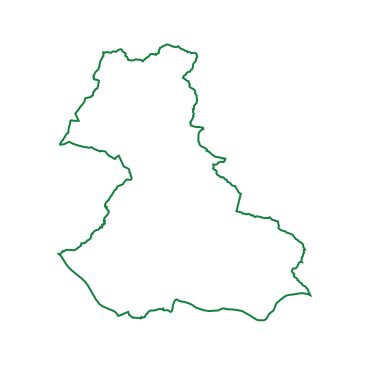 the district of Envigado, Antioquia, Colombia, rotated 284°
{"feature_id": "7082276B11340902680280", "entity_name": "Envigado", "entity_type": "district", "adm_level": 2, "iso_a3": "COL", "parent_name": "Colombia", "parent_adm1": "Antioquia", "projection": "equal_earth", "projection_center": [-75.537, 6.148], "detail": "fine", "context": "isolated", "style": "outline", "palette": "green", "viewbox_px": 384, "rotation_deg": 284, "n_neighbors": 0, "source": "geoboundaries", "source_scale": "gbopen_adm2", "svg_char_len": 5962}
<svg xmlns="http://www.w3.org/2000/svg" viewBox="0 0 384 384"><g transform="rotate(284 192 192)"><path d="M325.0,164.2L327.1,162.8L327.5,162.1L327.5,160.3L326.7,157.1L327.3,155.5L327.2,153.9L326.9,153.8L327.2,153.6L327.5,150.7L328.2,149.3L328.0,147.3L328.8,145.5L330.1,143.4L328.6,141.5L328.6,136.6L329.3,134.6L329.0,131.8L328.6,131.1L327.8,130.5L326.7,128.6L325.6,128.0L324.2,126.1L322.6,126.1L320.9,125.5L320.0,126.1L318.4,126.0L317.3,123.5L316.4,123.7L316.4,121.1L316.1,118.9L315.1,118.1L312.5,116.8L311.2,115.3L309.7,114.5L308.1,113.2L306.9,112.7L307.8,110.7L307.6,108.3L307.2,106.9L307.0,104.9L305.7,103.5L305.1,102.1L304.7,98.3L305.1,97.7L306.2,97.3L307.2,96.4L308.1,94.2L310.1,94.3L310.7,93.5L311.3,91.2L312.0,90.2L313.0,89.6L313.4,88.5L312.2,86.4L310.6,85.2L309.4,83.7L309.5,81.4L308.0,80.0L307.5,79.8L307.3,78.5L307.3,76.0L306.4,74.1L306.1,72.1L305.4,72.4L304.8,72.9L304.0,72.5L302.5,73.2L301.9,72.7L296.3,71.4L292.8,71.5L292.6,71.8L288.2,71.4L285.0,69.3L280.5,68.3L279.9,68.5L279.3,69.3L278.1,69.1L277.6,70.5L277.9,73.3L277.4,74.7L272.9,75.2L269.7,75.1L269.1,74.2L267.5,73.1L266.6,73.1L265.4,72.1L264.5,72.3L263.1,72.2L261.7,72.5L260.4,71.0L259.7,70.9L257.2,65.8L253.1,65.7L249.6,64.1L248.7,63.4L245.0,62.2L239.9,59.8L233.6,64.8L232.7,60.9L232.3,57.4L231.7,57.1L231.6,56.8L228.7,57.2L224.3,56.9L219.6,57.6L217.9,56.2L211.0,54.0L208.9,52.9L206.4,52.3L206.0,52.7L206.7,54.1L206.7,54.8L208.0,57.2L210.2,59.5L211.0,60.7L210.1,64.5L209.7,68.6L209.6,73.9L209.6,76.7L210.0,79.1L209.9,81.0L210.0,81.7L211.0,82.9L211.1,83.6L210.0,87.0L209.5,91.1L209.0,92.8L209.8,93.4L210.4,98.1L207.8,101.4L207.0,102.7L206.6,104.9L205.4,108.8L205.4,109.2L206.2,109.7L207.7,110.2L209.5,112.2L200.9,119.1L200.1,120.2L200.1,120.9L199.7,121.9L199.5,123.6L198.9,125.3L198.3,125.9L196.0,126.4L195.6,127.3L190.8,130.1L188.9,129.6L188.3,125.6L185.5,123.9L183.1,123.1L182.4,122.7L179.8,118.6L178.4,118.0L177.2,118.0L176.1,117.6L175.1,116.5L170.0,115.1L166.0,113.4L164.0,113.1L162.3,111.8L159.9,110.8L157.9,110.8L157.0,111.1L157.1,112.8L156.1,113.1L155.6,112.6L153.6,115.2L153.6,115.6L152.1,116.2L149.1,115.3L145.7,113.3L144.0,113.3L143.5,114.0L143.1,113.3L142.6,113.4L141.8,114.6L140.8,115.0L140.3,113.9L140.0,113.7L139.5,113.7L139.3,114.4L139.0,114.2L138.4,112.7L136.4,113.5L135.9,113.4L135.9,112.1L135.7,112.1L135.6,111.6L135.2,111.7L135.2,111.3L134.3,111.2L132.6,110.0L131.7,108.2L130.1,106.5L129.1,106.3L127.6,105.1L127.1,105.4L126.9,105.0L125.1,104.6L124.2,105.0L122.5,104.9L120.2,103.0L119.7,102.2L118.8,102.0L118.2,101.2L116.6,100.4L115.4,97.1L113.0,97.2L107.5,92.6L106.5,90.1L106.2,87.1L105.4,83.8L103.1,81.8L103.4,80.8L100.4,79.6L99.6,77.7L97.9,80.8L92.1,86.7L88.6,91.0L86.4,95.2L81.2,106.3L79.2,109.8L76.0,113.7L64.5,124.8L60.8,129.4L59.4,133.0L57.4,145.5L56.4,147.6L53.9,150.4L55.4,152.6L55.8,153.5L56.5,154.0L60.2,159.1L57.7,160.6L55.6,165.1L56.1,165.9L56.7,169.8L57.3,172.3L56.9,172.8L57.3,173.3L57.5,173.1L57.8,173.5L58.3,173.4L58.1,173.9L58.4,174.1L58.4,174.9L58.8,175.5L58.9,176.1L62.7,177.3L63.7,178.4L64.9,178.6L66.7,179.9L68.3,185.0L70.2,187.7L71.0,190.5L71.9,192.2L70.7,192.1L70.4,192.7L70.4,193.9L71.1,195.4L71.4,197.2L71.1,198.4L70.6,199.4L70.6,200.5L71.4,201.1L72.9,201.4L77.7,201.0L81.6,201.4L83.1,201.9L83.9,202.9L84.0,204.2L83.4,205.4L83.0,207.0L83.5,210.9L83.2,215.6L82.7,218.9L80.8,223.9L80.1,232.0L80.6,237.2L83.4,246.1L85.4,248.3L86.7,250.6L86.9,255.0L88.1,261.6L88.6,267.6L88.5,269.7L88.1,271.3L86.4,277.5L83.8,285.2L83.7,287.7L84.9,292.8L86.7,294.8L92.6,296.4L96.6,299.7L100.6,300.4L103.1,300.5L105.1,301.1L113.1,307.3L114.0,308.3L115.4,310.5L117.1,315.1L120.3,322.5L120.9,327.1L120.9,329.6L120.5,331.7L124.3,328.6L125.4,328.1L126.6,326.5L126.6,326.0L127.9,324.6L128.2,322.2L128.6,321.6L129.8,320.7L130.8,317.7L131.9,316.9L132.0,315.6L133.0,315.4L133.7,314.3L134.1,312.4L134.7,311.4L135.3,311.1L136.9,311.2L138.9,308.1L142.1,308.5L143.1,311.1L144.9,312.2L149.6,313.1L150.4,314.3L150.5,315.7L151.4,314.8L152.5,314.9L154.9,314.3L156.5,315.0L158.9,314.9L160.0,315.5L162.4,314.4L163.3,315.7L165.8,313.2L168.0,312.5L169.3,310.0L170.0,307.4L171.1,305.9L171.6,303.8L174.8,300.1L175.4,296.9L175.4,294.3L176.3,291.8L176.4,288.0L177.5,285.1L178.1,284.5L180.4,284.4L183.1,282.9L184.1,282.6L184.3,281.5L184.1,280.3L184.4,279.3L184.5,276.3L186.3,273.5L185.6,272.9L185.1,272.0L184.5,269.9L184.1,266.1L184.3,265.0L184.2,261.5L184.0,260.5L183.1,259.6L183.2,257.9L184.0,257.3L184.2,256.5L184.1,256.0L183.6,255.6L183.6,255.2L184.5,252.8L184.5,251.8L183.5,250.5L183.7,249.1L183.3,246.7L183.8,246.3L184.2,244.8L184.0,240.7L184.1,239.8L202.1,239.8L202.2,238.8L203.1,237.2L208.1,232.4L208.0,229.5L210.2,226.2L210.6,223.7L212.1,223.0L212.5,220.5L213.7,219.2L213.8,218.1L213.3,216.4L214.0,215.2L215.0,212.0L216.4,211.0L217.7,211.1L218.6,210.4L218.9,209.9L219.1,207.9L219.8,206.8L221.3,206.9L223.2,206.4L223.8,206.0L224.1,207.9L224.9,209.3L225.4,209.8L227.1,210.6L228.5,213.0L228.5,214.7L228.9,215.6L231.4,216.4L232.5,216.2L232.3,214.6L231.9,213.6L231.9,213.2L232.3,213.3L232.1,212.2L232.3,210.2L232.0,208.6L231.9,205.2L232.6,204.4L233.1,202.5L234.5,199.9L234.8,199.2L235.3,198.9L235.3,197.4L235.6,197.1L235.5,196.2L236.8,196.3L238.3,192.3L238.4,190.1L239.9,187.8L241.4,187.3L242.5,186.1L243.0,185.9L249.6,184.3L252.4,184.7L255.4,187.0L255.9,187.8L257.0,187.2L256.8,183.1L256.0,180.6L256.2,175.4L256.7,174.4L258.3,174.2L259.0,173.4L260.2,174.0L261.2,174.0L261.7,174.5L263.7,174.7L265.5,175.3L266.1,174.6L268.1,174.8L269.3,174.2L269.9,173.6L271.1,173.4L271.9,173.6L272.7,172.9L273.0,173.7L275.9,173.1L279.5,174.9L281.3,174.8L282.0,174.4L282.7,174.7L284.4,173.8L287.0,173.1L288.6,171.1L290.6,170.7L291.8,169.5L292.6,166.9L292.9,165.2L293.6,164.3L294.5,163.6L295.9,163.8L297.2,162.8L298.2,161.8L298.7,161.7L298.9,159.6L299.8,158.3L300.3,156.1L300.7,155.5L303.3,156.3L304.2,157.6L305.7,157.7L307.5,159.1L308.2,160.9L310.5,161.6L311.3,162.4L313.1,162.6L316.5,162.2L319.9,163.8L320.8,164.0L322.3,163.7L324.0,164.4L325.0,164.2Z" fill="none" stroke="#15803d" stroke-width="2"/></g></svg>